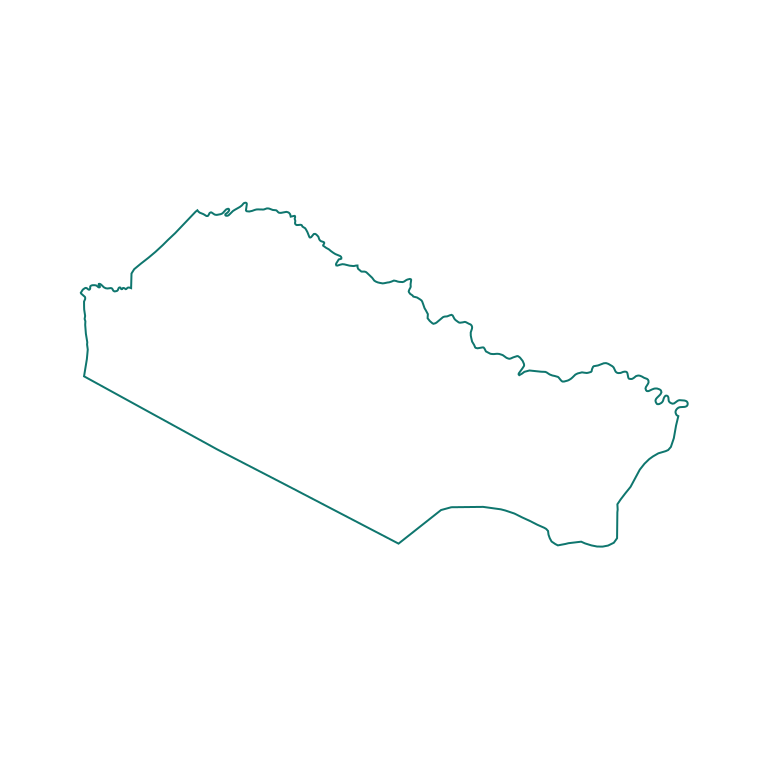 Su-Ngai Kolok, Narathiwat, Thailand, rotated 252°
{"feature_id": "78962969B19527388455587", "entity_name": "Su-Ngai Kolok", "entity_type": "district", "adm_level": 2, "iso_a3": "THA", "parent_name": "Thailand", "parent_adm1": "Narathiwat", "projection": "natural_earth1", "projection_center": [102.011, 6.069], "detail": "fine", "context": "isolated", "style": "outline", "palette": "teal", "viewbox_px": 768, "rotation_deg": 252, "n_neighbors": 0, "source": "geoboundaries", "source_scale": "gbopen_adm2", "svg_char_len": 6166}
<svg xmlns="http://www.w3.org/2000/svg" viewBox="0 0 768 768"><g transform="rotate(252 384 384)"><path d="M606.9,260.2L606.1,258.1L592.0,232.0L587.7,222.9L584.4,216.4L580.3,207.5L576.9,199.1L573.6,190.0L570.4,181.9L567.1,178.0L553.3,173.1L554.3,171.8L554.8,170.5L554.7,169.7L554.0,168.3L554.0,167.7L555.4,166.6L555.9,165.7L555.9,165.3L555.2,164.4L555.2,163.9L555.6,163.4L557.1,163.1L557.5,162.5L557.5,161.9L557.2,161.3L555.5,159.8L555.1,159.1L555.1,157.5L555.4,156.2L556.4,155.4L558.5,155.0L559.2,154.6L559.7,153.7L560.3,150.5L561.1,148.9L562.5,147.5L565.9,145.7L566.9,144.8L567.3,144.1L567.3,143.7L566.9,143.4L564.5,143.9L564.0,143.7L563.9,143.3L563.9,142.9L564.3,142.3L566.1,141.2L566.8,140.5L567.4,139.3L568.0,137.4L568.1,136.2L567.8,135.1L567.4,134.7L565.5,134.0L565.0,133.5L564.8,133.0L564.9,132.5L565.2,132.1L567.0,130.9L567.5,130.2L567.6,129.7L567.5,128.8L566.8,126.7L564.4,123.8L563.6,123.9L559.4,126.4L558.9,126.5L558.1,126.4L557.1,126.0L555.1,124.2L550.0,122.6L547.6,121.9L541.1,120.8L538.4,119.4L536.0,119.4L532.6,118.1L526.4,116.6L523.9,116.0L515.4,114.7L513.3,113.8L508.3,112.9L499.5,109.1L484.0,101.1L373.5,205.0L315.5,262.3L227.7,348.5L246.5,399.3L246.0,409.9L236.5,440.3L228.7,456.4L226.2,460.3L220.5,468.0L214.5,474.1L208.5,480.6L202.7,486.4L197.8,491.9L196.0,493.5L193.5,494.6L189.9,493.9L186.1,494.0L182.4,494.7L178.8,497.5L176.8,499.5L175.8,507.2L175.6,510.2L173.1,522.8L170.3,525.9L166.4,531.4L163.6,536.4L161.8,541.6L161.1,547.2L162.0,553.5L165.3,558.0L189.9,566.3L192.3,567.4L197.5,568.8L201.1,573.4L205.3,579.5L210.0,586.7L223.5,600.8L227.7,607.1L230.6,613.0L232.0,617.4L233.3,623.5L233.1,631.1L233.4,633.9L235.5,637.4L242.9,642.9L254.2,648.9L262.5,654.0L263.8,652.8L264.7,652.5L266.6,652.4L268.0,652.9L269.2,654.0L269.9,655.1L270.5,656.7L270.5,658.4L269.3,663.0L269.3,664.3L269.6,665.4L270.4,666.3L271.9,666.9L273.2,666.8L274.0,666.4L274.7,665.7L275.4,664.7L277.3,660.1L277.4,658.9L277.2,657.8L275.9,653.9L276.1,652.4L276.8,651.4L277.9,650.3L279.2,649.7L280.1,649.6L283.3,650.3L284.4,650.2L284.8,650.0L285.4,649.5L285.8,648.7L285.7,647.8L285.1,646.8L283.9,645.6L281.8,644.2L280.8,643.0L280.3,641.9L279.9,639.7L280.1,638.4L280.5,637.6L281.0,637.3L282.7,636.9L284.1,637.0L284.9,637.4L285.8,638.2L286.5,639.3L288.4,643.1L289.1,644.1L290.4,645.3L291.9,645.4L292.9,645.1L293.9,644.2L295.2,642.5L295.7,641.3L296.1,639.6L296.0,637.2L295.5,633.6L295.7,632.6L296.2,631.7L297.2,631.3L298.9,631.3L300.1,632.1L302.5,635.0L303.6,636.0L305.2,636.5L306.4,636.4L307.0,636.1L307.6,635.7L309.5,633.3L311.5,631.5L312.8,629.9L313.4,628.7L313.6,627.5L313.6,626.1L312.5,623.2L312.2,621.5L312.4,620.5L313.2,618.8L313.6,618.5L314.5,618.3L318.9,618.8L319.9,618.7L320.4,618.4L320.9,617.9L321.4,616.7L321.6,615.1L321.4,612.5L321.9,610.4L322.5,609.3L323.2,608.7L324.2,608.1L328.8,607.5L330.3,606.7L333.8,603.6L335.1,601.9L335.4,601.1L335.8,599.4L335.5,593.3L336.1,589.0L335.7,588.1L333.8,586.4L332.0,585.4L331.5,584.5L331.6,581.8L331.8,580.3L332.7,578.3L333.9,575.9L334.2,571.4L333.8,568.9L332.0,565.3L331.2,563.4L330.7,561.3L330.5,559.8L330.7,555.9L331.2,554.5L331.9,553.9L333.1,553.3L336.2,552.1L337.0,551.6L338.9,548.8L340.1,546.7L341.9,544.5L344.8,542.2L345.7,541.1L347.1,537.3L351.9,526.5L352.2,521.3L351.2,518.4L350.6,515.4L351.4,515.0L352.4,515.4L356.1,520.5L357.8,522.6L358.6,523.1L359.9,523.3L363.1,523.0L367.1,521.5L368.9,520.2L369.4,519.3L369.4,515.2L369.1,512.4L369.2,511.2L369.7,510.2L371.0,508.6L374.6,506.0L375.3,505.2L377.0,502.8L377.8,500.9L378.5,497.8L379.1,496.1L379.9,494.5L383.5,491.0L386.7,490.5L387.9,490.0L388.2,489.5L388.4,488.7L389.0,484.3L389.2,483.7L390.1,482.3L390.7,482.0L393.2,481.8L397.1,480.9L400.8,481.2L403.3,481.5L406.2,482.4L409.5,484.8L410.9,485.4L412.5,485.4L413.8,484.8L415.1,483.3L417.3,481.2L417.9,480.4L418.1,480.0L418.3,477.9L418.8,475.2L419.5,474.1L422.7,471.8L424.3,471.1L427.9,470.5L428.9,469.6L429.0,467.9L428.8,465.0L429.4,462.4L429.4,461.1L429.2,460.4L426.2,453.0L425.9,451.6L426.0,449.6L426.8,448.8L428.1,448.0L429.8,447.0L433.1,445.8L436.9,447.3L441.4,446.5L443.5,446.0L448.3,445.9L450.6,445.8L451.8,445.5L453.4,444.4L456.1,442.1L458.1,438.9L459.4,438.5L461.7,436.7L463.6,436.1L464.4,436.1L465.0,436.5L466.1,437.4L467.6,439.0L468.4,439.5L470.7,440.1L474.6,442.0L475.3,441.9L475.9,441.1L476.1,438.8L476.0,437.5L475.2,434.7L475.2,433.2L476.4,430.1L477.3,428.5L478.2,427.4L479.3,425.4L479.1,422.8L479.1,420.3L479.4,418.9L479.8,415.3L480.1,413.8L481.5,411.2L482.6,409.4L483.9,407.9L485.3,406.7L488.6,405.6L495.1,402.1L496.2,401.3L496.9,400.2L497.8,397.5L498.1,397.1L501.5,395.0L503.1,394.9L504.9,395.4L505.3,393.9L505.5,391.8L505.7,391.2L507.2,387.8L510.0,383.3L510.8,381.5L511.0,379.4L511.0,376.3L511.5,375.3L512.6,375.3L513.4,375.8L516.4,379.4L516.5,379.7L516.3,381.2L516.4,382.1L517.3,382.5L518.4,382.4L519.3,381.8L522.6,377.9L524.5,376.3L526.8,374.6L529.2,373.1L531.3,371.1L534.3,368.9L534.8,369.0L536.1,370.5L537.1,370.8L537.8,370.3L539.2,368.3L540.5,367.4L541.9,367.1L544.3,367.1L545.5,366.6L547.2,365.7L548.1,364.8L548.3,363.5L546.2,360.2L546.1,359.1L546.4,358.6L547.2,358.4L552.1,358.1L554.8,357.6L556.4,357.2L558.9,355.1L560.3,354.9L560.8,354.5L561.3,353.6L561.6,352.1L562.1,350.2L562.6,349.6L563.4,349.1L564.6,349.1L566.1,349.9L566.9,350.1L568.7,350.1L570.2,351.1L571.1,351.2L571.5,351.0L571.6,350.6L572.0,347.0L574.4,347.2L575.8,346.7L576.6,346.2L577.3,345.3L577.9,344.3L578.6,338.8L579.3,337.1L580.0,336.5L582.1,335.5L582.6,335.0L583.9,332.0L586.3,329.0L586.9,327.8L587.2,326.6L587.1,323.8L587.3,322.9L589.0,318.1L589.4,316.6L589.5,314.8L589.4,312.0L589.7,309.1L590.7,306.9L591.2,306.5L591.9,306.4L597.2,309.0L597.8,309.2L598.6,309.1L599.1,308.6L599.3,308.0L599.3,306.7L599.0,306.0L597.7,303.9L596.9,301.5L595.8,296.1L595.2,293.8L592.7,288.8L592.4,287.6L592.5,286.7L592.8,285.9L593.1,285.5L593.5,285.3L594.1,285.4L594.6,285.7L595.4,288.3L596.6,290.0L597.0,290.4L597.7,290.6L598.3,290.5L598.8,290.0L598.9,289.2L598.8,287.9L598.2,286.7L596.5,283.7L596.1,282.5L596.0,281.1L596.5,277.2L597.2,275.7L597.7,275.1L600.4,273.0L600.7,272.5L600.7,271.9L600.5,271.0L598.5,268.9L598.3,268.2L598.4,267.7L598.7,267.0L601.3,264.8L604.0,261.6L605.4,260.7L606.9,260.2Z" fill="none" stroke="#0f766e" stroke-width="2"/></g></svg>